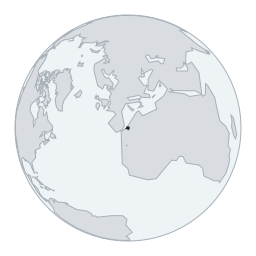 the Earth from above Tlemcen, rotated 318°
{"feature_id": "DZA-2147", "entity_name": "Tlemcen", "entity_type": "Province", "adm_level": 1, "iso_a3": "DZA", "parent_name": "Algeria", "parent_adm1": "", "projection": "orthographic", "projection_center": [-1.349, 34.706], "detail": "fine", "context": "on_globe", "style": "filled", "palette": "slate", "viewbox_px": 256, "rotation_deg": 318, "n_neighbors": 0, "source": "natural_earth", "source_scale": "10m", "svg_char_len": 9612}
<svg xmlns="http://www.w3.org/2000/svg" viewBox="0 0 256 256"><g transform="rotate(318 128 128)"><circle cx="128" cy="128" r="113" fill="#eef3f6" stroke="#a8b0b8"/><path d="M39.6,58.2L43.1,54.0L45.3,51.6L49.0,47.7L56.0,41.4L65.3,35.5L62.4,37.5L65.0,36.1L68.7,33.6L70.5,32.4L84.3,26.4L97.2,21.3L99.4,19.9L100.3,20.3L103.5,18.2L109.3,16.9L103.8,18.3L104.1,18.5L108.6,17.4L109.8,17.5L112.7,17.0L113.8,17.3L110.5,18.4L111.1,18.6L114.3,17.9L117.4,17.9L112.6,18.9L117.5,19.0L112.9,21.6L99.4,25.2L97.9,27.9L86.7,35.1L88.8,35.0L85.8,38.1L87.1,39.2L84.7,40.5L87.8,40.4L89.8,39.0L91.8,38.5L92.8,39.2L89.8,40.8L88.9,40.7L88.6,41.6L86.7,42.2L88.1,42.2L84.5,44.4L89.5,43.3L87.7,45.8L84.8,47.0L83.4,45.5L73.3,45.5L70.0,46.7L66.8,49.7L64.4,57.8L61.5,59.9L58.8,63.8L61.2,63.1L64.2,59.9L67.9,59.8L71.1,56.2L73.1,55.7L77.1,52.8L78.3,54.8L77.4,58.5L74.2,61.1L73.7,62.9L78.2,61.8L73.7,68.5L73.2,76.1L71.8,77.8L66.5,78.1L62.7,74.1L55.7,75.7L62.1,76.4L58.5,81.2L58.7,82.8L60.0,83.7L62.0,82.7L61.2,84.8L54.6,84.6L55.3,82.6L57.3,82.6L55.5,80.9L51.1,81.3L49.6,84.0L44.4,82.6L43.3,84.6L41.5,85.6L43.6,82.4L39.7,88.2L33.4,89.2L27.9,99.6L31.3,89.2L31.2,85.9L30.7,83.2L29.7,84.8L30.3,79.7L28.5,79.4L24.6,85.9L21.7,93.3L21.4,98.0L22.9,95.9L23.5,98.5L19.8,105.3L20.4,112.2L18.4,118.4L18.2,123.6L19.3,125.4L20.2,130.0L22.0,128.0L24.4,129.1L23.2,134.7L25.5,131.4L26.2,135.8L31.6,141.8L30.9,142.6L35.3,154.2L42.0,162.4L43.5,167.6L42.5,169.4L45.3,171.9L45.3,173.5L57.8,182.7L65.5,189.8L66.1,195.1L61.5,198.6L61.4,208.4L54.1,207.2L55.1,210.4L54.3,212.6L49.5,208.6L53.8,212.7L53.6,212.6L46.4,205.6L39.8,198.0L33.9,189.8L29.2,181.1L26.9,176.5L22.9,167.8L17.7,149.1L17.8,145.2L17.2,141.3L19.1,137.5L19.5,129.1L19.1,126.6L18.1,127.9L17.6,118.3L18.6,110.9L23.4,86.1L25.3,81.7L27.5,77.2L40.2,57.5L32.6,68.0L39.6,58.2ZM26.2,102.6L27.1,113.7L25.0,110.7L25.7,110.5L25.8,107.0L25.5,102.2L24.1,100.1L26.2,102.6ZM30.1,100.0L29.8,98.5L30.3,99.5L30.1,100.0ZM71.1,31.9L68.6,33.6L64.8,36.0L66.7,34.5L71.1,31.9ZM78.5,28.0L77.7,28.6L75.0,29.7L76.3,29.0L78.5,28.0ZM100.8,19.1L98.5,19.8L100.3,19.2L100.8,19.1ZM112.9,17.0L113.2,16.8L114.6,16.7L112.9,17.0ZM76.1,52.0L76.6,52.4L75.6,52.7L76.1,52.0ZM77.4,50.4L75.9,50.4L76.3,49.7L77.2,49.7L77.4,50.4ZM117.5,17.0L119.7,17.0L116.9,17.2L117.5,17.0ZM79.1,50.5L77.2,48.4L77.9,47.2L81.9,46.1L79.1,50.5ZM120.6,17.1L125.9,17.4L126.9,17.0L127.0,18.6L122.5,17.6L118.9,17.8L120.8,17.4L120.6,17.1ZM90.0,38.3L87.9,39.8L88.8,38.0L90.0,38.3ZM90.1,37.3L89.8,33.0L93.3,31.4L92.7,33.0L96.6,30.6L98.4,31.9L96.7,33.5L94.1,34.3L96.8,34.2L90.1,37.3ZM126.3,19.5L127.1,19.9L125.6,19.8L126.3,19.5ZM92.7,38.2L92.3,37.4L95.4,35.9L96.7,37.2L95.3,37.3L92.7,38.2ZM96.7,29.5L99.1,28.7L101.3,29.4L102.6,29.3L98.8,31.8L96.7,29.5ZM95.1,37.9L97.3,38.0L96.7,39.3L93.3,38.9L95.1,37.9ZM95.6,35.0L97.1,34.3L96.7,35.1L95.6,35.0ZM95.9,44.5L95.4,43.3L96.9,42.4L95.9,44.5ZM98.1,37.9L98.3,37.4L98.8,37.0L100.1,37.3L98.1,37.9ZM100.6,32.2L101.0,32.8L102.3,31.2L104.0,31.9L101.1,33.5L103.0,33.0L103.6,33.3L100.6,34.4L100.6,32.2ZM103.1,36.4L100.0,38.9L100.6,41.1L99.3,41.9L98.5,38.3L103.1,36.4ZM101.9,35.1L102.3,36.0L100.4,36.5L99.0,36.1L101.9,35.1ZM106.1,31.8L104.3,30.3L105.0,30.1L106.1,31.8ZM103.6,36.9L104.4,36.3L103.9,37.0L103.6,36.9ZM105.8,33.2L105.0,32.7L105.8,32.4L105.8,33.2ZM106.4,35.6L105.4,36.3L104.4,36.1L106.4,35.6ZM106.4,34.4L107.7,34.1L104.7,35.5L106.0,34.2L106.4,34.4ZM106.7,33.0L106.9,32.6L106.9,33.2L106.7,33.0ZM110.9,36.3L107.3,38.1L105.0,37.5L108.8,35.7L110.9,36.3ZM153.5,18.3L151.9,18.1L140.7,17.2L145.6,17.5L145.6,17.8L148.1,18.2L151.5,18.6L151.1,18.4L162.4,22.1L172.8,25.5L169.3,23.6L169.8,23.5L176.0,26.1L184.4,30.5L192.4,35.6L200.0,41.3L202.0,43.1L199.4,40.9L204.0,45.1L205.2,46.0L203.8,44.7L210.0,50.8L215.8,57.4L221.0,64.5L225.7,71.9L229.8,79.7L233.2,87.8L236.0,96.1L234.6,92.0L235.8,96.5L234.5,93.0L231.7,89.3L232.8,95.8L235.2,111.6L237.5,121.0L237.5,127.4L232.5,118.6L228.8,110.8L228.0,113.7L222.1,110.2L214.7,117.8L212.9,116.1L211.6,118.8L207.4,118.9L204.2,116.0L202.0,117.9L210.3,125.4L212.6,123.4L213.3,117.5L215.3,120.8L219.3,121.5L217.8,134.3L205.5,152.1L202.9,145.4L186.4,130.2L186.1,127.7L186.0,127.4L185.7,127.0L185.6,131.4L182.3,128.1L192.6,140.0L194.9,145.8L205.3,152.7L204.7,154.3L207.6,155.1L215.4,146.9L215.7,149.4L212.9,163.1L201.0,184.1L201.8,192.2L199.6,199.9L190.5,208.1L189.6,212.7L184.6,216.1L183.2,218.8L178.2,222.7L170.6,227.1L159.5,229.9L160.1,228.0L156.6,224.9L152.3,214.4L156.5,207.9L156.0,203.2L147.8,192.9L149.7,185.9L147.2,183.3L142.2,184.6L139.1,181.3L135.9,181.5L115.0,184.5L107.9,179.6L97.5,164.0L100.7,158.2L99.8,150.8L120.7,125.8L126.7,127.1L144.9,121.9L147.4,122.5L147.0,128.7L162.0,133.2L164.8,127.4L176.7,128.0L183.6,125.3L183.0,113.5L171.8,117.7L168.2,113.1L175.8,105.1L185.4,101.8L184.3,99.9L176.9,97.8L177.6,93.1L174.1,96.8L176.6,98.2L174.5,100.7L172.1,99.6L172.4,97.9L169.1,98.1L168.2,106.6L170.7,109.0L162.9,112.9L166.2,117.3L164.6,120.2L158.5,113.9L158.0,111.1L147.7,105.0L147.5,108.3L157.2,114.4L154.8,114.3L154.6,119.2L152.9,115.4L142.3,108.4L134.4,111.5L126.7,124.1L121.6,125.4L116.2,123.3L116.5,111.2L128.0,109.8L128.2,105.9L123.8,100.7L127.7,100.9L127.3,98.7L131.4,98.0L135.1,92.3L139.0,91.1L138.5,84.6L140.4,83.2L140.2,87.4L142.1,89.9L151.5,87.5L152.7,85.8L151.6,81.8L154.4,81.8L152.1,78.3L156.5,75.4L149.2,76.2L147.8,72.0L149.3,68.1L147.5,67.0L145.0,73.4L145.1,75.9L147.3,77.8L146.6,85.3L143.8,87.1L139.6,80.1L135.2,82.1L133.8,76.2L141.6,61.8L145.9,58.3L157.1,60.6L157.3,63.5L153.3,64.0L158.8,67.0L157.5,65.1L159.8,65.2L158.9,61.7L160.5,61.7L157.0,58.4L158.8,58.0L161.0,60.1L161.3,54.9L164.6,53.4L163.9,52.3L162.2,51.5L167.5,50.3L166.7,49.6L164.7,49.6L162.0,48.2L159.1,45.4L161.1,45.2L162.4,46.1L168.0,48.0L171.2,50.9L171.7,50.5L169.4,48.0L162.5,45.7L160.3,44.1L163.6,44.8L162.2,44.4L161.7,43.6L163.0,42.6L159.4,41.7L151.1,33.8L152.9,31.5L156.7,32.7L153.0,27.9L155.3,26.3L153.4,26.2L150.4,24.3L149.6,24.8L148.5,24.7L140.4,20.7L140.0,19.8L134.5,18.7L133.5,18.8L133.5,19.3L127.0,18.6L126.9,17.0L129.0,16.9L127.5,16.2L132.6,16.2L136.2,16.1L142.7,16.8L145.0,16.9L144.1,16.7L146.5,16.9L148.4,17.2L153.5,18.3ZM115.4,139.1L115.3,141.3L115.4,139.1ZM196.9,103.8L201.7,101.1L197.1,95.7L198.6,94.3L196.5,93.1L196.8,95.4L191.3,91.8L192.5,88.5L190.6,86.0L188.9,86.8L187.6,93.5L195.5,98.5L195.4,101.9L196.9,103.8ZM31.8,141.9L32.4,143.7L31.4,142.8L31.8,141.9ZM23.9,112.5L24.5,114.0L24.5,115.5L23.9,114.8L23.9,112.5ZM30.6,123.6L31.6,125.5L30.2,124.4L30.6,123.6ZM27.4,115.2L29.8,122.2L27.1,120.9L25.7,116.5L27.1,118.2L27.4,115.2ZM28.2,102.5L28.3,103.8L27.7,104.5L28.2,102.5ZM30.4,100.8L30.2,100.5L30.5,99.3L30.4,100.8ZM58.9,81.2L59.4,81.3L60.3,82.5L59.2,82.7L58.9,81.2ZM68.9,84.5L67.3,87.9L67.6,85.5L65.7,86.1L63.9,82.0L71.1,78.5L68.1,80.7L68.9,84.5ZM63.5,76.0L63.8,78.7L63.2,75.9L63.5,76.0ZM121.0,88.5L123.1,89.6L122.5,92.2L117.6,94.4L118.4,90.6L121.0,88.5ZM126.2,90.8L123.4,83.7L126.3,82.3L125.1,84.2L127.4,84.0L126.1,87.1L131.6,93.1L131.4,95.8L122.4,97.9L125.5,95.6L123.3,94.4L126.2,90.8ZM111.0,70.5L109.8,68.0L117.8,68.1L117.9,70.4L113.0,72.5L109.9,71.0L111.0,70.5ZM86.5,49.3L85.5,48.9L86.4,48.4L87.8,48.3L86.5,49.3ZM95.5,44.0L91.5,50.9L90.2,50.6L89.5,55.3L85.7,56.6L86.4,53.5L82.9,58.1L82.0,55.8L80.0,59.1L81.8,52.1L80.8,50.5L83.3,51.7L86.8,50.5L88.0,49.5L90.7,45.6L90.3,41.8L93.6,40.2L96.1,40.1L96.7,40.8L94.4,41.5L96.9,41.9L93.9,43.5L95.5,44.0ZM123.2,43.8L120.2,43.8L124.8,46.0L121.8,47.1L122.6,47.3L121.1,49.1L120.5,51.6L118.9,51.8L119.4,52.7L118.5,54.0L118.6,55.4L115.8,56.4L115.7,58.2L114.4,57.6L115.0,60.5L113.3,58.9L111.9,60.5L114.3,61.3L98.9,64.6L93.8,67.8L90.4,71.5L87.9,68.5L89.5,63.2L93.3,57.7L98.6,55.3L96.5,54.5L98.4,53.2L99.3,54.4L99.1,51.8L100.9,51.1L104.3,47.0L103.0,44.1L104.2,42.7L105.6,43.5L105.8,41.5L109.3,42.1L110.2,41.1L114.6,40.9L116.8,43.2L117.7,41.9L121.1,41.9L123.2,43.8ZM112.1,36.3L115.4,38.4L115.4,40.2L107.8,40.0L106.5,40.8L101.6,40.9L101.7,38.5L103.1,38.6L104.4,38.2L103.8,39.1L105.3,38.1L107.3,38.3L109.0,37.6L109.6,38.4L112.1,36.3ZM149.3,119.8L151.1,119.7L153.7,118.9L153.6,122.1L149.3,119.8ZM142.1,115.1L143.5,114.4L144.7,118.3L142.8,118.5L142.1,115.1ZM143.3,110.9L143.5,114.1L142.3,112.5L143.3,110.9ZM141.4,86.7L142.9,85.9L143.4,86.7L143.1,88.3L141.4,86.7ZM136.1,51.7L134.4,51.2L134.6,50.6L132.1,48.2L134.1,47.3L136.4,48.4L136.1,51.7ZM181.7,116.2L180.3,119.1L179.0,118.4L179.7,117.6L181.7,116.2ZM166.7,121.1L170.6,121.5L166.7,122.0L166.7,121.1ZM137.9,50.4L136.6,49.4L138.4,49.6L137.9,50.4ZM135.4,46.6L137.4,46.5L134.1,46.9L135.4,46.6ZM213.4,190.6L204.4,205.6L200.7,207.9L201.3,205.1L205.5,196.8L210.3,192.0L213.1,187.2L213.4,190.6ZM237.8,121.5L239.1,125.3L238.9,127.6L237.8,121.5ZM153.1,43.4L154.3,47.6L156.5,50.4L159.8,51.5L155.7,51.9L152.3,47.5L153.1,43.4ZM151.2,34.9L148.3,34.2L149.1,33.6L149.9,33.6L151.2,34.9ZM149.7,35.2L146.9,36.2L145.0,35.2L147.6,34.6L149.7,35.2ZM142.5,42.9L142.7,44.1L141.3,43.9L142.5,42.9ZM172.2,24.4L168.5,23.1L166.6,22.5L168.8,23.0L172.2,24.4ZM128.0,19.6L127.2,19.9L127.1,19.5L128.0,19.6ZM148.2,25.0L146.7,24.7L146.7,24.2L148.2,25.0ZM142.5,23.9L143.5,24.6L141.6,23.9L142.5,23.9ZM146.0,26.4L143.5,25.0L147.1,26.3L146.0,26.4Z" fill="#d9dde1" stroke="#a8b0b8" stroke-width="1"/><path d="M127.5,129.2L127.4,128.8L127.3,128.7L127.4,128.4L127.2,128.2L127.3,128.0L127.3,127.9L127.1,127.8L127.1,127.7L126.9,127.6L126.7,127.5L126.7,127.4L126.6,127.2L126.8,127.2L126.8,127.3L127.0,127.3L127.1,127.2L127.3,127.2L127.5,127.1L127.7,126.8L127.8,126.8L128.0,126.8L128.0,127.0L128.5,127.2L128.6,127.3L128.6,127.5L128.7,127.8L128.8,127.9L129.0,128.0L128.9,128.1L128.8,128.3L128.7,128.3L128.8,128.4L128.8,128.5L128.7,128.5L128.4,128.8L128.2,128.9L128.2,129.0L127.9,129.0L127.5,129.2L127.5,129.2Z" fill="#64748b" stroke="#1e293b" stroke-width="1.5"/></g></svg>